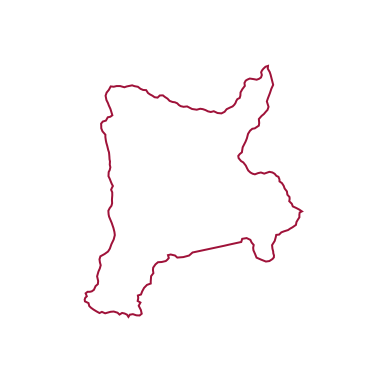 Mossâmedes, Goiás, Brazil, rotated 287°
{"feature_id": "56859067B91157569259112", "entity_name": "Mossâmedes", "entity_type": "district", "adm_level": 2, "iso_a3": "BRA", "parent_name": "Brazil", "parent_adm1": "Goiás", "projection": "robinson", "projection_center": [-50.154, -16.176], "detail": "fine", "context": "isolated", "style": "outline", "palette": "rose", "viewbox_px": 384, "rotation_deg": 287, "n_neighbors": 0, "source": "geoboundaries", "source_scale": "gbopen_adm2", "svg_char_len": 3578}
<svg xmlns="http://www.w3.org/2000/svg" viewBox="0 0 384 384"><g transform="rotate(287 192 192)"><path d="M205.6,302.8L206.5,299.9L207.2,296.3L207.7,292.6L209.9,290.9L211.6,287.7L213.9,287.4L215.7,286.7L217.3,284.0L220.3,282.6L222.4,279.6L224.8,277.8L226.8,275.4L227.7,272.6L229.7,271.9L231.8,270.2L232.1,268.0L233.6,265.7L234.2,263.2L233.9,260.1L232.3,257.9L230.7,255.7L230.8,252.2L229.4,249.7L227.3,247.0L227.2,244.6L227.7,242.2L229.0,239.5L230.7,237.8L233.0,235.7L235.3,232.4L235.9,229.9L238.0,226.7L240.0,225.7L242.3,226.6L244.5,228.1L246.6,227.8L249.6,227.4L255.8,228.5L259.4,228.8L264.0,228.6L267.6,229.6L270.1,231.2L271.2,233.4L275.0,236.5L277.6,236.1L281.3,234.6L285.1,236.3L287.5,237.9L290.5,239.2L292.6,240.2L295.8,240.3L300.5,237.1L303.7,237.2L309.4,237.6L313.9,237.7L318.2,238.3L327.1,232.9L329.5,231.2L332.1,228.4L334.8,227.8L333.3,225.7L330.9,224.3L328.7,223.4L326.7,223.1L324.3,224.6L321.7,224.5L319.8,223.0L318.3,221.0L318.0,218.2L317.4,214.1L315.7,212.1L314.2,210.8L311.6,210.3L308.9,211.5L305.1,210.1L301.4,209.3L298.2,210.1L295.9,210.1L294.0,208.2L291.9,207.7L290.0,207.6L287.9,207.0L285.7,205.8L284.0,203.8L281.3,200.9L278.2,199.7L275.8,197.2L275.0,193.3L275.6,189.2L274.0,186.6L273.8,183.7L274.3,180.9L274.4,178.1L274.0,175.5L272.1,172.5L271.4,167.8L272.4,162.3L271.0,159.0L270.8,156.0L271.4,153.9L272.5,152.0L272.8,149.4L272.4,147.0L272.6,143.9L274.1,141.3L275.0,138.2L275.9,135.9L274.9,133.0L272.2,131.5L271.7,128.5L272.5,126.1L273.1,123.1L273.8,121.0L276.0,118.4L275.3,115.4L275.6,112.6L276.8,109.5L276.4,106.0L276.5,103.6L273.9,98.8L272.4,96.7L272.3,92.3L271.2,88.8L269.8,86.4L269.2,83.4L265.3,82.6L262.1,81.3L258.8,81.2L254.9,83.3L252.5,85.6L250.4,87.2L247.6,89.7L242.1,93.4L240.1,91.9L238.8,89.6L235.1,88.8L233.3,86.1L230.8,85.1L228.9,85.8L226.4,86.6L223.8,88.7L221.5,92.4L219.2,93.1L216.2,94.5L214.0,95.7L211.4,97.4L207.5,99.7L205.7,101.0L203.8,101.8L201.8,102.6L199.1,103.6L197.3,104.6L194.0,105.4L191.8,106.7L188.9,106.9L186.7,106.5L182.7,107.5L180.4,109.6L178.6,111.0L176.4,112.8L174.6,114.6L172.5,114.2L170.5,114.0L168.4,115.8L165.6,116.7L161.2,117.7L157.9,118.9L155.3,119.0L152.5,118.0L149.6,117.5L146.2,118.8L144.2,119.9L138.9,124.3L136.4,126.1L134.6,127.4L131.1,129.5L128.2,130.8L123.7,131.0L118.5,130.2L113.8,130.0L110.5,129.1L107.1,126.5L103.7,123.2L100.6,123.2L97.8,124.5L95.3,126.1L91.9,126.2L88.7,125.8L83.6,125.9L79.4,128.3L76.4,128.9L73.8,127.3L69.8,126.8L67.7,125.2L66.7,123.5L66.0,121.3L64.0,119.9L61.5,121.9L59.7,120.9L57.8,120.8L56.1,121.6L55.5,125.5L52.9,127.1L51.8,129.2L50.8,132.1L49.9,135.6L49.2,138.9L51.0,140.9L50.6,144.4L52.0,146.6L53.6,149.1L54.8,152.1L54.8,156.1L53.6,158.5L55.9,160.5L56.1,163.1L55.7,165.7L54.0,167.7L56.5,168.4L57.9,171.2L57.8,174.9L58.6,178.0L60.9,179.5L64.2,177.6L67.6,174.3L71.2,175.0L71.9,171.9L74.9,171.6L77.2,170.5L79.1,173.2L82.3,173.4L86.3,174.2L90.0,176.1L92.4,179.3L94.3,178.7L99.6,177.5L103.1,178.8L106.1,177.4L108.4,177.0L112.1,178.2L114.9,180.0L116.2,183.5L118.3,187.1L120.2,188.3L122.1,189.1L124.6,187.5L126.0,189.9L126.3,194.3L125.0,197.1L127.2,202.7L130.4,207.8L134.3,210.2L150.0,238.5L152.6,243.0L158.6,253.7L161.9,253.7L163.9,257.7L163.3,261.8L161.1,263.8L159.4,266.5L156.5,266.8L154.2,267.8L151.1,270.5L148.1,272.9L147.5,278.1L147.1,283.0L148.6,286.2L151.5,288.6L153.4,289.4L155.4,288.9L157.1,287.7L158.9,287.0L161.3,285.5L164.6,284.1L169.4,285.4L173.3,285.3L175.6,285.1L176.8,287.8L179.5,289.2L181.3,291.5L183.7,295.0L185.6,296.5L187.6,298.4L190.9,301.0L193.9,300.7L196.8,301.4L199.2,302.1L201.7,301.3L203.9,301.0L205.6,302.8Z" fill="none" stroke="#9f1239" stroke-width="2"/></g></svg>